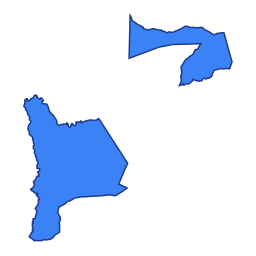 outline of San Jorge, Ocotepeque, Honduras
{"feature_id": "27666195B23999178125718", "entity_name": "San Jorge", "entity_type": "district", "adm_level": 2, "iso_a3": "HND", "parent_name": "Honduras", "parent_adm1": "Ocotepeque", "projection": "robinson", "projection_center": [-89.114, 14.655], "detail": "fine", "context": "isolated", "style": "filled", "palette": "blue", "viewbox_px": 256, "rotation_deg": 0, "n_neighbors": 0, "source": "geoboundaries", "source_scale": "gbopen_adm2", "svg_char_len": 5600}
<svg xmlns="http://www.w3.org/2000/svg" viewBox="0 0 256 256"><path d="M92.6,196.2L99.5,195.9L109.7,194.8L114.5,195.7L116.1,195.4L122.2,191.5L125.0,189.6L127.1,187.9L118.7,184.1L124.6,169.9L127.7,163.4L98.8,118.6L96.9,119.8L95.2,120.3L93.9,120.4L91.6,120.0L88.5,120.2L86.3,121.0L83.8,121.6L82.7,122.5L82.0,122.8L81.7,122.7L81.4,122.1L81.5,121.4L81.3,121.1L81.0,121.0L80.5,121.1L80.2,121.8L79.9,122.0L76.2,122.0L75.9,122.2L75.8,122.6L76.3,123.3L76.3,123.9L76.0,124.5L75.5,125.0L74.5,125.5L73.5,125.4L73.0,125.0L73.0,124.2L72.8,123.9L72.4,123.7L72.0,123.7L71.4,124.1L71.0,124.5L70.9,125.0L71.1,125.9L70.9,126.4L70.3,126.9L69.7,127.1L69.2,127.1L68.8,126.8L67.9,124.0L67.5,123.2L67.1,122.9L66.8,122.9L66.6,123.1L66.7,124.2L66.5,124.5L66.3,124.6L65.7,124.6L64.8,124.0L64.2,124.0L61.4,124.5L59.3,125.2L58.6,125.2L57.7,124.6L57.1,123.6L56.9,122.7L56.8,121.2L56.5,120.3L52.7,114.7L51.0,113.2L49.3,111.1L48.8,109.7L48.1,106.6L46.9,104.3L46.6,104.0L46.1,103.9L43.6,103.8L42.3,103.2L42.0,102.9L41.9,102.5L42.0,102.1L42.9,101.2L43.3,100.5L42.3,98.9L41.7,98.1L41.3,97.9L40.9,97.9L40.1,98.9L39.8,99.1L39.4,99.0L38.5,98.2L37.3,97.5L37.1,97.1L37.0,96.1L36.5,95.4L36.0,95.2L35.3,95.1L34.7,95.3L34.3,95.6L33.4,97.2L32.6,98.3L32.2,98.5L31.5,98.4L31.1,98.6L29.8,100.1L28.7,100.8L28.0,101.0L27.5,100.7L27.3,100.2L27.5,99.2L27.4,98.9L27.1,98.7L26.7,98.7L26.4,98.9L26.2,99.6L26.0,99.9L25.7,99.8L25.3,99.5L25.1,99.6L24.9,100.9L24.7,104.1L24.0,105.4L24.0,106.5L24.2,106.9L24.8,107.1L25.2,107.4L25.5,108.3L25.4,109.2L26.2,110.3L27.0,111.6L28.1,115.0L29.1,116.1L29.5,116.7L29.6,117.4L29.3,118.6L29.3,119.4L29.7,120.1L30.6,120.8L30.8,121.5L30.8,122.2L30.6,122.7L29.3,124.2L28.3,126.3L28.0,127.9L28.2,129.6L28.4,130.4L29.1,131.5L29.4,132.2L29.4,133.0L29.2,134.0L29.4,134.5L32.0,136.7L32.6,137.3L32.9,137.8L32.9,138.2L32.5,138.8L32.5,139.2L33.2,140.4L33.4,142.6L33.6,143.2L34.1,143.9L34.2,144.3L34.2,144.7L33.6,145.4L33.4,146.0L33.3,146.8L33.3,147.8L33.6,148.8L34.6,149.7L34.9,150.4L34.8,151.1L34.3,151.9L34.3,152.5L34.5,153.2L35.2,154.1L35.4,154.7L35.6,155.4L35.5,156.4L35.7,156.9L35.9,157.3L36.5,157.5L36.7,157.9L36.7,158.3L36.5,159.4L36.7,160.4L37.1,161.0L37.8,161.8L38.1,162.4L38.0,163.2L37.3,164.5L37.0,165.5L36.9,166.7L36.9,167.9L37.2,168.4L37.7,168.7L38.1,168.7L38.8,168.4L39.3,168.5L39.7,168.9L39.8,169.4L39.6,170.3L39.1,171.2L38.6,171.6L37.9,171.8L37.7,172.0L39.1,175.5L39.1,176.0L38.7,176.3L37.6,176.0L36.9,176.3L36.5,177.0L36.1,178.6L33.4,181.8L33.4,182.0L33.8,182.9L34.3,184.4L34.4,185.2L33.8,185.8L33.3,187.2L32.8,187.9L31.9,188.6L31.0,188.8L30.7,189.2L31.0,189.9L31.8,190.7L32.3,191.0L33.2,191.1L33.6,191.4L33.8,191.9L34.0,192.5L34.2,192.8L37.3,193.4L37.6,193.6L37.7,193.9L37.6,194.3L37.3,194.5L36.6,194.6L36.4,194.8L36.4,195.2L39.1,198.2L39.5,198.8L39.6,199.1L39.4,199.5L38.6,199.6L38.2,200.1L38.2,200.7L38.6,201.7L38.2,203.1L38.0,204.6L35.3,208.4L35.4,208.9L36.3,210.1L37.2,211.7L37.2,212.3L36.6,212.9L36.4,213.3L35.6,216.1L35.3,217.9L34.3,218.6L33.4,218.8L33.0,219.0L33.0,219.4L33.4,220.0L33.5,220.5L33.3,220.9L32.7,221.2L32.5,221.5L32.6,222.0L33.2,222.4L33.3,222.8L33.1,223.3L32.5,223.5L32.2,223.9L32.4,225.1L32.4,226.9L32.6,227.4L33.3,228.1L33.4,228.7L33.2,229.1L32.4,229.5L32.2,230.1L32.4,230.6L33.0,231.0L33.1,231.4L32.8,231.9L31.9,232.3L31.2,233.2L29.8,235.6L29.3,236.7L29.4,237.0L29.7,237.4L31.6,238.4L33.8,240.0L33.8,240.3L33.7,240.5L33.0,240.6L41.8,240.6L42.5,240.1L43.2,239.8L45.8,239.9L47.6,239.7L50.0,239.3L51.5,238.7L53.6,236.9L55.2,234.7L58.0,233.2L59.4,232.1L59.6,231.8L59.5,229.0L59.7,225.4L59.5,224.7L59.1,223.7L59.1,223.0L59.3,222.2L59.9,221.3L60.1,220.6L60.3,218.9L60.3,217.4L60.0,216.5L59.1,215.3L58.3,213.8L57.9,212.7L57.8,211.9L58.0,210.6L58.4,209.1L58.9,207.7L59.5,206.8L65.3,203.7L65.9,203.2L66.5,202.2L67.1,201.7L69.6,200.9L70.9,200.3L72.7,199.3L74.3,198.1L81.9,196.8L86.1,196.7L92.6,196.2ZM130.1,15.4L129.1,58.3L159.0,47.1L172.6,44.5L200.8,43.7L200.0,45.1L198.8,46.8L198.2,48.6L197.7,49.1L195.4,49.7L194.5,50.7L193.3,54.0L192.2,54.9L189.8,56.4L187.6,58.4L186.6,58.8L185.9,59.5L184.4,61.3L182.7,64.5L181.4,66.2L181.1,67.0L181.1,68.1L181.7,71.5L181.7,72.8L181.5,73.9L180.9,75.6L180.8,76.7L180.9,77.9L181.3,79.6L181.3,80.4L180.8,82.5L179.3,85.6L182.1,84.9L182.3,84.7L182.5,84.0L182.9,83.8L183.3,84.0L183.5,84.8L183.9,85.1L187.0,83.6L187.3,83.6L188.0,84.0L188.9,83.8L189.9,83.2L192.6,80.9L192.8,80.4L192.6,79.6L192.9,79.2L193.7,79.4L194.7,80.1L195.8,80.3L196.8,80.9L197.1,80.9L198.0,80.6L198.5,80.7L199.0,81.1L199.5,81.2L200.8,80.9L201.8,80.6L202.1,80.3L202.3,79.6L202.6,79.3L203.3,78.7L204.0,78.4L205.2,78.3L205.7,78.9L206.1,79.0L206.5,78.9L207.0,78.4L207.4,78.2L208.9,78.3L209.2,78.1L209.5,77.4L209.8,77.1L210.2,77.0L210.8,77.2L211.1,77.0L211.5,75.9L212.4,75.0L212.3,73.8L213.4,71.9L213.8,70.7L214.2,70.3L214.8,70.1L221.2,68.4L221.7,68.5L222.4,68.9L223.0,69.0L225.1,68.6L227.2,68.5L229.6,68.8L232.0,61.9L223.9,32.7L221.6,32.8L219.2,33.3L217.9,33.2L215.2,34.3L214.2,34.6L213.5,34.6L212.0,33.9L210.2,32.4L204.5,29.5L203.6,28.8L202.9,27.8L202.3,27.5L201.3,27.4L197.2,27.8L192.9,27.4L190.5,27.4L189.6,27.3L187.9,26.5L185.9,26.2L185.3,26.3L179.4,29.6L175.9,30.9L173.4,32.1L172.0,32.5L171.5,32.4L170.3,32.0L169.3,31.9L168.3,32.1L167.2,32.8L166.6,32.8L166.1,32.6L165.4,31.9L165.0,31.6L164.4,31.4L163.5,31.4L162.9,31.3L162.6,30.9L162.2,30.3L161.8,30.0L161.3,30.0L160.5,30.3L160.0,30.4L158.1,29.6L156.0,29.5L154.5,28.9L153.6,28.7L152.2,28.7L151.0,29.4L149.5,29.4L148.6,29.9L148.1,30.0L146.4,29.4L144.6,29.1L143.8,28.8L143.5,28.5L143.5,27.7L143.3,27.3L142.3,26.9L139.9,25.5L137.8,24.5L132.8,21.0L132.4,20.5L131.5,18.7L130.8,16.3L130.1,15.4Z" fill="#3b82f6" stroke="#1e3a8a" stroke-width="1.5"/></svg>